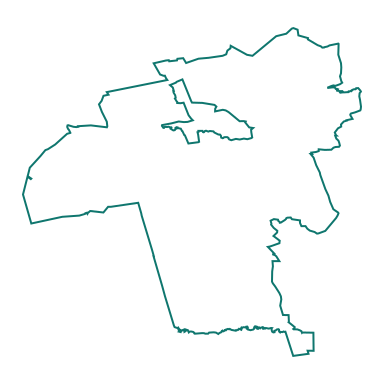 Grobiņas pag., Grobinas, Latvia (Equal Earth projection)
{"feature_id": "27541924B17977825120630", "entity_name": "Grobiņas pag.", "entity_type": "district", "adm_level": 2, "iso_a3": "LVA", "parent_name": "Latvia", "parent_adm1": "Grobinas", "projection": "equal_earth", "projection_center": [21.191, 56.5], "detail": "fine", "context": "isolated", "style": "outline", "palette": "teal", "viewbox_px": 384, "rotation_deg": 0, "n_neighbors": 0, "source": "geoboundaries", "source_scale": "gbopen_adm2", "svg_char_len": 5937}
<svg xmlns="http://www.w3.org/2000/svg" viewBox="0 0 384 384"><path d="M31.3,223.5L62.3,216.8L79.3,215.6L84.1,214.2L85.9,213.5L85.7,213.1L87.0,212.7L87.5,213.6L87.7,213.1L90.2,211.0L103.4,212.5L108.1,206.8L110.9,206.8L138.2,202.8L141.2,213.2L141.7,215.7L152.1,250.1L153.8,256.1L153.5,256.1L162.1,285.7L165.0,296.3L173.9,325.5L174.6,327.1L177.3,328.0L178.0,327.7L178.0,328.1L178.8,328.4L179.1,328.9L178.5,329.7L179.3,330.4L179.0,330.7L179.1,331.2L179.5,331.5L179.2,331.7L180.7,332.1L181.0,331.1L181.0,330.8L180.5,330.7L180.7,330.1L181.8,330.7L182.1,330.3L184.8,329.2L185.4,329.4L184.1,329.8L184.2,331.1L184.5,331.3L184.5,331.8L185.2,331.4L184.9,330.6L187.8,330.2L188.8,332.4L189.6,331.6L191.1,331.5L193.1,331.9L194.3,332.8L194.3,333.4L194.8,333.7L202.4,333.1L204.1,333.2L205.3,333.7L208.1,333.7L209.1,332.6L213.7,332.3L216.0,332.6L218.3,334.0L219.4,333.0L221.1,332.3L221.9,330.9L222.3,330.7L222.5,331.4L223.5,331.3L224.5,330.7L224.7,330.1L225.9,330.3L226.3,329.9L226.2,329.5L228.0,328.9L229.1,329.3L229.8,328.9L231.4,329.9L235.7,330.7L235.9,330.2L236.8,330.3L237.3,329.8L238.1,329.9L239.0,328.8L241.3,329.8L241.7,328.6L241.1,328.2L241.5,327.5L242.2,327.9L243.2,327.2L245.5,327.4L246.1,326.7L247.3,326.6L247.6,327.1L247.1,327.4L246.6,328.3L246.7,328.6L247.8,328.4L247.9,329.5L250.5,330.2L253.3,329.5L254.0,328.8L254.2,327.3L255.0,326.3L255.5,326.3L256.5,326.6L255.6,327.2L255.7,327.5L257.3,328.8L257.7,328.8L257.5,328.2L258.9,327.6L259.3,327.5L259.6,328.2L260.3,328.3L260.5,327.8L262.8,327.1L263.4,327.5L262.8,328.3L263.1,328.8L264.0,328.7L264.8,328.2L265.2,328.5L265.8,328.0L268.8,328.6L271.1,328.0L271.9,328.1L271.5,328.6L271.8,330.6L272.2,331.7L273.3,332.4L274.5,332.2L274.4,330.8L275.6,330.5L277.0,329.4L278.5,329.2L279.0,329.6L279.1,331.5L279.4,331.8L279.6,331.5L279.9,331.7L279.9,332.1L280.2,332.4L280.6,331.9L282.3,332.1L283.6,331.5L284.2,331.9L285.4,331.7L293.2,355.9L308.5,353.8L307.6,350.7L313.6,350.8L313.4,332.7L302.3,332.5L302.0,332.8L301.4,331.2L300.0,330.4L297.4,329.4L293.6,329.3L293.3,329.0L294.4,328.2L294.7,327.1L288.6,322.2L288.9,321.9L288.6,315.1L283.0,315.0L280.2,305.7L281.3,299.5L280.9,296.4L279.4,293.1L275.2,286.5L272.8,283.3L272.0,281.6L272.2,271.4L272.9,266.3L272.5,261.1L279.3,261.1L276.3,256.3L275.0,255.2L273.1,254.5L273.1,254.2L274.3,253.6L267.9,246.9L270.0,246.5L279.4,243.2L279.7,240.7L273.5,236.0L277.1,232.5L277.3,230.8L273.7,227.9L271.1,224.6L271.4,223.6L270.6,220.7L273.9,219.1L278.0,219.7L278.3,220.9L279.9,222.2L279.9,222.7L280.8,222.6L284.9,220.0L286.0,219.0L286.3,218.2L287.3,217.7L290.7,217.5L291.9,219.2L300.0,220.4L300.0,222.9L301.4,226.1L305.5,226.1L307.3,228.7L309.8,230.6L314.6,232.0L317.0,233.6L318.5,233.4L325.3,230.9L336.1,218.0L337.6,215.5L338.5,213.3L338.2,212.6L333.4,209.3L330.2,202.0L328.4,195.6L325.4,189.2L324.0,185.3L320.3,175.0L319.8,172.5L316.2,165.2L313.6,157.6L310.6,154.0L312.2,154.0L311.4,152.6L315.9,152.0L318.7,151.1L318.7,149.3L324.9,149.9L331.4,149.7L333.5,147.7L335.5,147.0L339.0,146.8L339.9,145.6L339.2,142.7L338.4,140.6L336.3,138.6L335.2,135.7L336.5,135.6L336.0,135.2L334.8,132.5L338.0,128.3L341.2,126.6L341.0,124.5L343.8,121.5L346.8,120.6L346.6,120.2L352.5,118.9L350.4,115.3L350.3,114.4L351.0,113.5L355.0,112.4L360.3,110.4L360.7,109.3L361.0,106.7L360.0,99.7L359.3,96.4L359.6,93.2L360.9,91.6L360.4,90.6L358.2,88.1L356.2,88.2L356.0,88.9L355.4,89.3L354.2,89.2L352.2,89.9L351.5,90.5L351.8,90.7L351.3,91.2L350.7,90.9L348.9,91.8L348.9,91.3L348.6,91.3L348.1,92.1L343.8,92.4L342.7,91.6L342.0,91.7L342.5,92.4L340.3,92.7L340.2,92.6L340.4,92.3L340.1,92.2L340.3,91.8L340.1,91.6L340.7,91.1L339.1,91.1L338.7,90.7L337.2,90.8L337.0,90.3L337.8,89.2L336.8,88.8L335.7,88.9L334.8,87.4L332.1,87.4L328.2,87.9L328.1,87.4L331.4,86.0L333.4,85.4L335.3,85.8L336.1,85.6L340.0,84.2L342.2,82.7L341.3,81.1L340.0,76.3L341.0,73.3L341.3,67.4L341.0,63.2L338.3,54.7L338.6,43.9L338.3,43.6L329.5,45.4L327.5,46.5L324.3,47.2L324.1,47.5L322.3,47.6L320.8,46.3L317.7,45.2L307.9,39.4L307.8,39.2L308.0,38.1L298.4,35.4L297.6,29.7L293.4,28.1L291.8,28.6L286.3,33.7L276.2,36.2L252.5,55.8L247.0,54.8L230.7,45.8L230.4,48.3L227.4,50.6L226.2,54.3L222.6,55.8L208.7,57.8L198.5,58.7L186.1,63.0L183.2,58.2L177.4,58.8L177.0,60.4L169.2,61.3L168.8,60.2L165.9,60.5L153.7,63.3L160.1,74.5L163.6,75.8L164.9,75.7L166.0,78.2L167.3,80.0L106.8,92.1L108.5,94.7L103.5,95.8L101.6,100.9L99.0,104.3L101.9,111.9L106.8,121.7L107.3,126.3L106.9,127.3L90.9,125.4L78.0,126.2L78.2,126.8L76.4,127.1L73.5,126.8L68.2,125.2L67.5,125.4L67.2,126.9L68.0,128.8L69.0,130.0L70.1,132.3L69.9,132.3L70.0,133.0L67.1,133.8L55.2,144.5L47.9,149.2L45.4,150.1L40.5,156.0L29.8,167.7L27.7,176.1L31.3,178.6L30.8,179.1L27.5,176.7L23.0,194.5L31.3,223.5ZM215.1,111.4L222.8,109.8L225.7,110.4L228.6,112.1L239.6,121.2L243.7,121.1L245.7,121.5L245.2,122.4L249.2,127.4L253.1,128.0L251.1,129.7L251.3,132.2L252.2,137.5L251.3,138.1L247.4,139.2L243.9,138.6L239.7,139.5L235.9,138.9L231.3,140.2L229.2,139.4L228.5,138.5L228.4,137.8L227.1,137.1L224.2,137.2L223.3,138.0L222.1,138.4L222.5,138.1L221.2,137.6L220.9,135.7L220.0,134.6L218.3,134.5L214.3,132.5L213.5,131.4L209.8,131.0L208.3,131.6L206.0,130.7L204.8,131.1L204.2,132.0L203.7,132.3L203.0,132.1L202.5,130.9L198.4,130.9L198.5,131.9L197.5,132.2L198.1,134.4L199.1,141.8L198.4,142.2L188.4,143.5L184.9,135.3L184.3,135.1L182.4,131.1L182.0,131.0L180.8,128.7L177.4,128.0L177.5,127.4L176.5,127.2L175.8,127.7L176.3,128.1L176.5,128.6L175.1,129.2L175.0,129.9L174.6,130.2L173.3,130.4L170.4,128.6L170.3,128.0L171.4,127.5L171.3,127.3L170.1,127.3L168.6,126.7L167.2,127.0L165.0,126.9L164.0,127.1L163.9,127.9L163.4,127.9L161.9,125.8L162.1,125.1L171.3,123.4L178.7,121.5L183.9,122.1L187.6,121.9L192.8,120.3L191.2,118.7L188.6,115.3L183.6,102.7L180.6,103.2L177.2,103.0L177.2,101.8L176.8,101.6L174.9,98.5L175.7,97.8L175.2,95.3L173.6,92.6L173.3,90.9L173.8,90.9L172.8,87.5L170.0,85.1L176.0,82.6L176.5,81.9L182.4,79.4L191.3,101.4L192.0,102.6L202.3,102.9L214.5,104.9L216.4,106.6L215.2,108.7L215.1,111.4Z" fill="none" stroke="#0f766e" stroke-width="2"/></svg>